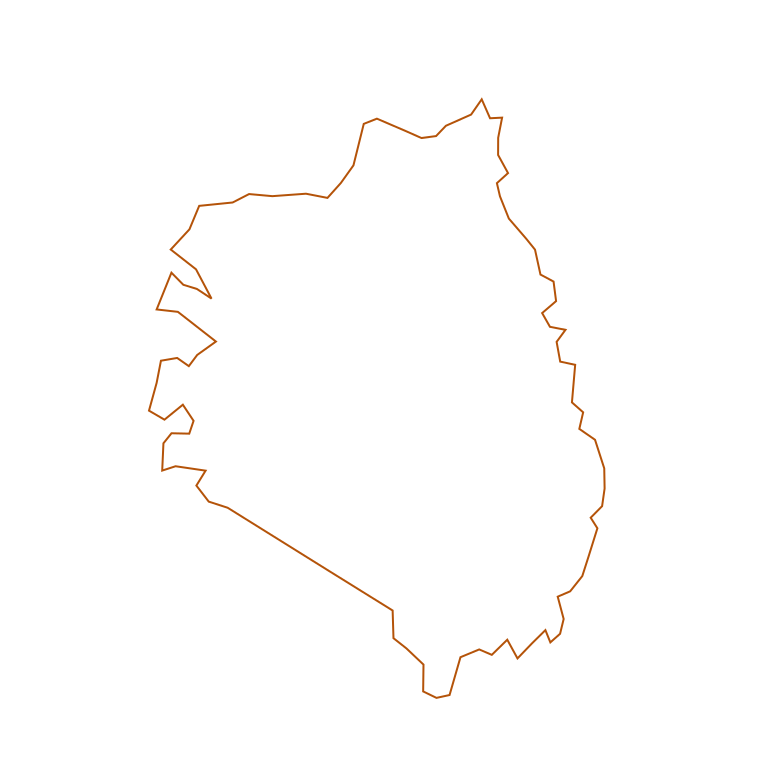 São José do Herval, Rio Grande do Sul, Brazil (Equal Earth projection), rotated 191°
{"feature_id": "56859067B53549681471758", "entity_name": "São José do Herval", "entity_type": "district", "adm_level": 2, "iso_a3": "BRA", "parent_name": "Brazil", "parent_adm1": "Rio Grande do Sul", "projection": "equal_earth", "projection_center": [-52.274, -29.066], "detail": "fine", "context": "isolated", "style": "outline", "palette": "amber", "viewbox_px": 768, "rotation_deg": 191, "n_neighbors": 0, "source": "geoboundaries", "source_scale": "gbopen_adm2", "svg_char_len": 1303}
<svg xmlns="http://www.w3.org/2000/svg" viewBox="0 0 768 768"><g transform="rotate(191 384 384)"><path d="M342.4,682.1L349.9,665.1L372.5,649.3L380.2,637.3L394.2,632.6L410.7,636.4L441.6,643.1L453.5,635.5L455.7,592.8L464.7,573.1L475.0,555.9L496.9,555.9L529.4,547.1L552.7,544.7L567.2,533.3L599.4,523.6L604.5,498.7L619.0,475.3L590.4,460.7L569.6,434.9L585.8,441.6L599.9,443.1L613.9,452.7L621.4,413.8L600.1,415.5L557.1,393.6L572.9,376.9L579.0,364.3L592.0,370.1L607.4,364.3L607.4,341.7L609.6,313.0L592.7,307.1L577.5,325.3L563.9,311.5L565.7,298.1L583.2,295.1L589.2,283.7L585.2,256.7L572.9,263.5L542.6,264.9L548.8,248.5L533.6,235.1L513.9,232.7L402.1,189.9L332.3,163.3L326.2,136.3L311.5,128.7L291.7,116.1L286.9,89.7L272.6,85.9L260.3,91.2L256.8,130.4L239.9,141.6L226.5,138.7L214.2,156.5L200.6,140.1L189.4,157.4L178.6,173.2L171.4,162.1L163.5,172.4L162.8,187.6L172.9,208.4L161.7,216.0L152.7,233.3L150.3,253.5L147.0,283.1L155.6,292.2L146.6,305.7L147.5,323.5L151.7,343.2L166.2,369.5L183.7,377.2L183.1,394.2L196.0,401.8L200.0,439.3L215.3,439.6L222.6,458.3L216.2,471.8L232.0,471.8L242.3,483.8L230.9,498.2L237.1,516.9L251.3,521.3L261.4,544.7L272.2,553.8L293.0,570.2L306.0,590.4L311.5,602.7L302.5,614.7L315.7,630.6L318.9,647.5L318.9,668.0L330.6,665.1L342.4,682.1Z" fill="none" stroke="#b45309" stroke-width="2"/></g></svg>